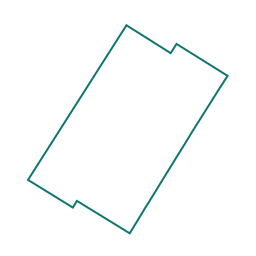 Worth, Missouri, United States of America, rotated 122°
{"feature_id": "52423323B70407326192620", "entity_name": "Worth", "entity_type": "district", "adm_level": 2, "iso_a3": "USA", "parent_name": "United States of America", "parent_adm1": "Missouri", "projection": "albers", "projection_center": [-94.445, 40.478], "detail": "fine", "context": "isolated", "style": "outline", "palette": "teal", "viewbox_px": 256, "rotation_deg": 122, "n_neighbors": 0, "source": "geoboundaries", "source_scale": "gbopen_adm2", "svg_char_len": 457}
<svg xmlns="http://www.w3.org/2000/svg" viewBox="0 0 256 256"><g transform="rotate(122 128 128)"><path d="M31.0,71.2L31.0,131.4L41.9,131.5L41.7,183.8L46.4,183.8L225.0,185.3L224.7,132.6L216.9,132.7L216.4,70.7L190.9,71.0L187.4,71.1L180.0,71.0L173.5,71.1L168.0,71.1L158.0,71.2L124.8,71.4L110.8,71.4L105.9,71.5L105.6,71.5L97.2,71.6L76.5,71.5L75.1,71.5L74.5,71.5L72.9,71.5L72.7,71.5L48.7,71.4L31.0,71.2Z" fill="none" stroke="#0f766e" stroke-width="2"/></g></svg>